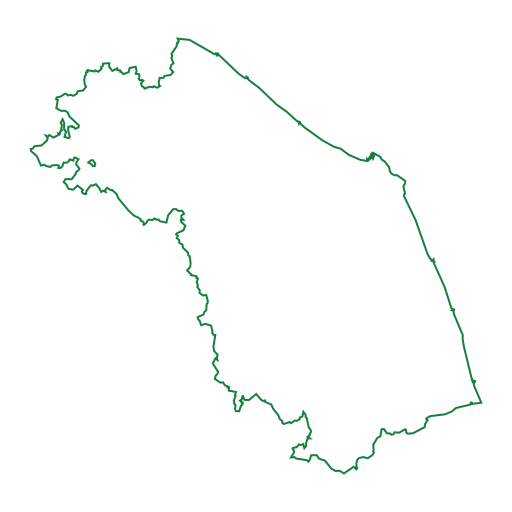 outline of Marche, Macerata, Italy
{"feature_id": "23120603B49951072422318", "entity_name": "Marche", "entity_type": "district", "adm_level": 2, "iso_a3": "ITA", "parent_name": "Italy", "parent_adm1": "Macerata", "projection": "equal_earth", "projection_center": [13.047, 43.328], "detail": "fine", "context": "isolated", "style": "outline", "palette": "green", "viewbox_px": 512, "rotation_deg": 0, "n_neighbors": 0, "source": "geoboundaries", "source_scale": "gbopen_adm2", "svg_char_len": 5908}
<svg xmlns="http://www.w3.org/2000/svg" viewBox="0 0 512 512"><path d="M109.3,63.2L103.0,63.6L102.9,65.8L100.9,67.3L101.6,68.7L98.4,71.8L95.0,70.4L94.4,71.5L87.6,70.1L86.7,71.1L87.5,71.9L85.9,73.0L85.9,75.0L84.9,76.0L84.2,80.5L84.9,84.8L86.1,86.8L83.1,90.5L77.7,91.2L76.7,93.8L73.5,95.8L70.4,94.8L68.1,95.5L66.1,93.8L64.7,93.8L61.0,96.4L56.6,97.5L56.1,99.4L57.8,100.0L56.3,108.3L61.2,110.9L64.9,110.7L67.5,112.2L69.5,116.5L78.9,125.5L78.5,127.3L75.3,128.8L73.8,127.0L72.3,127.1L72.1,126.1L68.3,126.8L68.1,130.0L69.8,136.9L68.9,138.2L64.5,136.9L66.0,131.7L64.1,129.2L64.1,122.7L62.6,119.3L60.7,122.7L61.9,125.1L61.1,129.6L61.9,130.2L60.2,131.7L59.7,134.2L58.3,133.5L58.7,134.8L53.5,137.6L49.3,135.0L48.1,136.6L46.0,135.7L47.7,138.4L46.9,140.5L41.7,145.4L34.3,146.3L33.0,148.5L30.7,149.0L31.1,151.1L36.9,156.2L40.9,165.5L44.5,164.7L45.9,166.0L50.5,167.0L51.9,165.4L57.1,165.1L58.9,165.6L58.3,167.9L60.2,168.1L62.1,166.6L63.7,162.6L66.7,162.7L69.3,160.8L69.6,159.4L73.5,160.6L73.8,158.4L74.7,157.4L78.5,159.2L76.3,162.6L76.2,164.5L79.4,168.6L78.5,170.3L76.2,172.0L75.8,173.7L71.7,179.2L65.5,179.1L63.6,182.1L66.3,184.4L68.4,188.8L73.2,189.7L77.5,185.6L82.9,189.9L81.8,191.5L82.3,192.9L84.8,194.1L86.3,193.7L85.9,192.6L86.9,190.4L90.8,185.3L93.1,185.6L95.9,184.1L99.4,188.3L101.2,192.0L103.1,190.7L105.6,191.9L105.1,190.1L107.1,187.8L111.1,190.3L112.1,189.9L116.6,194.1L118.4,198.4L128.6,210.6L134.1,215.7L138.8,217.8L140.7,219.5L140.6,220.6L143.2,221.8L144.0,223.8L143.1,225.4L146.0,223.3L147.8,220.3L149.7,219.6L152.2,220.1L154.5,218.5L156.3,219.7L158.4,219.4L159.8,221.2L166.4,222.6L168.1,215.4L173.1,209.2L176.1,209.1L178.5,211.0L181.6,210.7L183.0,211.8L184.0,213.9L181.4,215.5L181.2,217.3L183.4,219.8L180.9,219.8L181.1,221.8L185.4,225.8L183.4,230.3L176.6,233.5L176.1,234.4L177.9,235.9L176.8,238.2L179.2,240.2L179.3,243.0L182.4,244.5L183.0,247.8L188.0,252.6L188.3,255.2L189.7,256.4L190.6,262.7L190.3,266.7L187.1,270.6L191.0,274.1L191.0,275.1L196.4,276.2L196.4,277.9L198.0,278.4L196.7,282.3L197.8,285.1L197.3,286.9L199.7,290.3L199.5,292.9L203.1,295.5L206.2,295.0L207.7,300.5L207.7,302.8L206.7,303.9L206.2,310.4L204.5,311.7L203.4,314.6L197.7,317.1L198.0,318.7L200.0,321.5L201.1,325.2L205.5,323.9L211.1,325.6L212.5,331.6L212.1,332.9L214.0,335.3L215.3,335.0L213.4,346.8L214.2,351.1L217.7,354.8L216.8,357.6L217.4,359.9L215.4,358.4L212.8,363.5L218.1,371.8L217.5,373.8L215.6,375.8L214.9,378.9L220.2,382.6L223.0,382.4L225.0,385.4L228.5,386.7L227.8,387.5L229.0,387.9L228.8,390.6L236.0,392.0L234.9,395.4L235.6,396.0L233.8,400.6L234.4,402.1L234.0,403.3L235.6,405.4L235.0,408.5L235.8,411.1L239.2,411.2L240.9,405.9L242.3,404.5L241.6,402.8L242.6,403.2L242.7,402.3L240.0,400.6L241.8,399.3L242.4,396.3L243.1,396.2L244.4,399.8L248.9,400.1L256.2,394.0L261.0,399.6L263.1,401.0L265.1,400.5L265.3,402.0L271.3,404.5L273.1,408.7L278.3,415.2L279.7,418.9L282.3,421.1L282.4,423.1L284.0,424.0L289.6,422.0L291.0,423.2L294.8,420.6L297.4,420.7L299.9,418.9L299.7,417.6L302.4,416.4L303.4,411.8L305.6,414.9L305.6,417.0L306.7,417.9L308.8,427.6L310.7,429.9L311.0,431.9L309.5,434.4L309.8,435.5L307.7,436.8L309.8,438.4L307.7,438.4L305.8,443.7L306.2,445.9L304.3,448.2L303.2,444.1L300.7,445.0L298.9,444.4L296.6,447.2L293.0,447.9L292.5,448.9L293.9,450.5L294.1,452.4L291.0,457.5L294.5,457.1L296.1,458.5L306.8,460.2L308.4,461.7L310.0,459.3L311.1,455.3L316.8,455.2L318.8,458.5L325.1,460.8L331.2,468.4L335.5,471.0L339.6,470.7L343.9,473.4L353.7,466.8L356.4,469.3L357.3,467.8L356.4,466.6L356.4,463.2L357.3,459.8L359.1,458.0L363.3,457.1L367.8,458.2L372.0,455.4L373.9,452.8L373.1,451.3L373.7,449.7L373.2,444.8L377.3,438.0L380.4,436.3L381.6,429.2L384.0,429.1L387.0,433.4L390.2,433.5L391.5,434.8L393.6,434.1L394.6,432.3L399.1,432.7L405.1,429.3L406.1,429.8L406.2,432.5L407.8,433.7L412.9,433.3L424.6,427.2L425.2,423.8L427.6,420.1L426.4,419.4L426.5,418.1L430.6,416.1L445.1,414.3L451.9,411.5L455.9,408.0L470.4,404.6L470.9,402.6L472.0,402.8L471.8,404.0L481.3,402.7L474.1,385.8L473.7,383.6L475.2,381.4L475.4,380.4L474.1,382.8L473.2,382.5L473.7,382.1L472.7,381.0L474.4,381.3L472.5,380.1L471.3,377.2L463.9,346.6L462.6,338.5L462.8,335.1L454.3,315.1L453.4,311.3L454.0,310.6L454.0,309.4L453.6,308.9L453.9,310.5L453.2,311.2L453.6,310.6L452.5,310.3L453.6,309.8L451.4,308.2L444.5,286.7L433.8,263.0L433.3,261.3L433.7,261.1L433.5,259.6L432.9,260.5L433.6,261.1L432.1,260.9L432.9,260.0L430.7,259.5L427.6,254.2L415.5,219.9L404.1,196.3L404.0,194.6L405.0,193.6L403.4,186.4L405.0,183.6L405.2,180.9L397.0,175.2L394.5,175.3L391.7,173.8L389.9,171.3L389.0,167.0L384.9,161.6L381.9,159.7L380.3,156.8L372.6,152.6L371.7,153.4L373.5,154.5L371.4,154.5L371.2,154.6L370.3,154.6L374.2,155.5L372.9,158.8L371.3,155.6L371.5,156.4L370.7,155.7L369.1,158.0L370.0,157.4L370.8,157.8L370.0,158.3L370.9,159.3L369.9,158.7L369.0,159.9L368.3,159.2L369.1,158.4L366.8,159.4L368.1,159.3L368.8,160.0L367.8,160.7L367.1,159.7L367.2,161.0L360.0,159.7L348.7,154.8L340.7,148.7L334.1,146.9L322.5,140.4L304.6,127.5L299.7,122.9L299.9,121.8L299.1,123.5L298.8,122.2L299.4,122.2L299.3,122.4L299.2,123.1L299.7,122.0L296.8,120.9L287.1,112.1L276.7,104.6L259.1,87.8L249.5,80.6L247.8,78.9L247.9,77.7L246.5,76.6L246.0,78.2L245.0,78.2L238.6,73.7L218.1,54.2L218.0,53.3L217.3,56.4L217.8,53.5L216.5,53.4L217.0,54.4L217.0,56.4L216.4,54.0L214.3,54.1L189.6,39.9L177.6,38.6L178.8,41.1L177.2,42.7L177.7,43.2L176.7,44.5L176.6,46.4L171.5,53.7L172.3,56.1L171.4,58.1L173.4,63.3L171.2,65.1L170.2,68.6L173.2,72.0L170.5,75.0L164.6,75.9L163.5,77.9L159.7,77.9L158.7,82.3L159.1,85.5L160.0,86.1L157.2,87.7L153.8,86.2L152.8,87.3L149.7,86.7L144.5,88.6L143.6,86.9L142.0,86.4L141.0,83.4L143.4,80.7L142.1,79.8L139.9,80.4L138.7,78.7L139.4,76.9L139.1,74.3L135.7,73.7L136.6,71.0L135.7,66.8L129.6,68.0L128.7,72.1L123.3,74.1L121.3,71.9L120.3,71.9L120.2,70.4L117.5,70.3L117.2,68.4L112.3,70.9L109.1,66.7L109.3,63.2ZM92.8,160.2L95.3,163.5L94.6,166.2L92.8,166.1L91.5,164.3L88.3,162.6L90.7,160.4L92.8,160.2Z" fill="none" stroke="#15803d" stroke-width="2"/></svg>